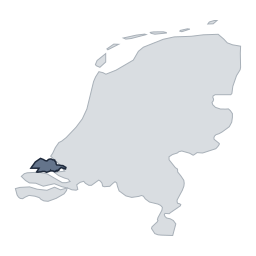 Schouwen-Duiveland, Zeeland, Netherlands (highlighted)
{"feature_id": "6326949B19243153872397", "entity_name": "Schouwen-Duiveland", "entity_type": "district", "adm_level": 2, "iso_a3": "NLD", "parent_name": "Netherlands", "parent_adm1": "Zeeland", "projection": "robinson", "projection_center": [3.94, 51.688], "detail": "fine", "context": "in_parent", "style": "filled", "palette": "slate", "viewbox_px": 256, "rotation_deg": 0, "n_neighbors": 0, "source": "geoboundaries", "source_scale": "gbopen_adm2", "svg_char_len": 4653}
<svg xmlns="http://www.w3.org/2000/svg" viewBox="0 0 256 256"><path d="M172.7,235.5L166.7,235.3L161.0,235.1L158.0,234.8L154.8,233.6L153.3,231.3L151.5,228.5L152.0,226.8L157.2,221.9L158.0,220.5L157.4,219.8L158.0,217.6L161.9,210.3L162.4,207.4L160.6,205.4L158.0,204.1L149.4,202.0L145.3,198.9L143.4,196.2L141.5,195.5L138.7,196.4L131.7,197.4L125.9,195.9L119.1,190.9L117.5,186.4L116.7,182.9L115.0,181.7L112.7,183.5L109.8,186.3L104.2,186.7L102.5,186.0L102.3,184.4L101.9,183.0L100.3,181.1L98.7,180.1L91.5,185.3L88.8,185.3L85.4,183.3L83.7,181.3L80.0,182.4L76.7,184.8L77.8,189.4L76.1,190.2L71.9,189.8L67.3,187.9L62.1,186.8L54.3,183.7L43.3,186.2L35.7,183.2L29.4,182.9L25.5,180.5L21.3,176.4L24.3,173.7L27.2,172.8L38.7,172.2L47.1,173.9L62.3,182.7L66.1,182.7L70.1,181.5L68.1,179.1L64.3,178.0L58.7,175.6L54.2,172.3L64.7,171.2L63.2,169.4L61.8,166.5L50.7,156.2L52.6,153.4L55.4,147.5L58.9,142.5L61.6,141.2L66.2,137.6L76.0,127.3L82.3,118.9L86.9,109.0L93.6,81.5L95.6,76.9L98.9,71.7L103.0,72.7L105.9,74.2L116.0,70.2L133.3,60.1L138.4,51.3L143.4,47.2L163.2,39.3L174.2,36.9L191.2,36.3L203.4,34.8L218.2,34.3L223.9,39.2L227.2,42.8L232.5,44.8L240.6,46.2L240.3,53.3L240.6,67.3L240.1,69.8L236.5,75.7L232.8,86.4L231.9,93.4L230.8,94.7L215.2,94.7L213.1,95.9L212.8,97.4L213.6,99.2L213.2,101.0L212.0,102.4L212.7,104.7L215.5,107.4L220.4,109.0L225.7,109.1L228.4,108.9L230.4,110.7L232.4,113.6L232.4,117.3L231.7,122.2L229.3,126.7L222.2,131.9L219.0,133.7L216.0,134.7L214.5,136.1L213.9,137.8L214.1,139.3L219.3,143.5L219.2,144.5L217.7,146.7L215.8,148.7L202.6,153.0L197.1,152.6L194.0,154.8L193.1,155.2L189.6,153.2L181.8,151.0L178.9,151.7L177.3,153.0L172.5,154.5L169.0,156.8L169.1,159.8L175.3,167.6L177.5,169.1L177.7,172.0L180.7,175.7L183.8,180.3L184.2,183.2L183.9,186.1L182.3,190.3L177.1,200.0L177.1,201.9L177.6,203.3L179.4,203.7L180.8,204.5L180.4,205.8L170.5,212.6L169.2,213.7L165.0,213.4L164.3,214.5L164.9,216.4L166.6,218.0L170.2,218.8L173.3,220.5L175.8,223.9L172.7,235.5ZM67.3,187.9L66.4,190.7L64.1,193.8L56.3,198.3L48.1,201.3L43.9,200.9L41.0,199.4L39.4,197.7L35.0,196.2L29.0,195.4L25.2,197.1L22.6,198.7L20.2,198.4L18.5,197.1L17.1,195.0L15.4,188.6L19.9,187.4L29.6,186.9L37.1,189.2L47.0,190.3L54.5,187.2L60.5,189.8L67.3,187.9ZM50.9,161.5L56.7,165.6L57.9,166.9L58.3,168.3L51.0,169.9L43.2,164.9L38.0,166.1L36.1,163.7L36.1,162.3L41.4,161.0L50.9,161.5ZM105.7,62.0L99.9,67.3L96.4,65.8L95.4,64.6L97.1,60.5L105.7,53.6L105.7,62.0ZM131.2,38.5L125.8,39.1L123.3,38.0L136.4,35.1L144.7,34.1L146.2,34.6L131.2,38.5ZM166.4,33.0L154.9,34.2L151.0,33.3L150.3,32.4L153.5,31.9L163.3,31.8L166.3,32.5L166.4,33.0ZM118.6,44.3L107.8,49.8L106.9,48.9L113.8,44.1L118.6,44.3ZM213.2,23.8L207.8,24.0L209.3,22.0L214.3,20.5L217.0,20.5L213.2,23.8ZM189.9,29.1L181.8,31.7L179.8,31.1L180.3,30.4L187.4,28.8L189.9,29.1Z" fill="#d9dde1" stroke="#a8b0b8" stroke-width="1"/><path d="M65.9,167.4L65.3,167.1L62.9,165.6L61.2,165.5L60.4,165.4L59.7,165.2L59.0,165.1L58.2,165.0L57.5,165.0L56.7,164.9L56.3,164.3L56.1,163.6L56.0,162.9L56.0,162.2L55.4,161.6L55.0,161.3L54.7,160.1L52.4,159.7L51.5,159.1L50.4,159.0L49.2,159.2L48.3,159.6L47.7,160.2L47.2,160.8L46.5,160.9L44.9,160.5L43.6,159.6L40.5,158.4L37.6,160.4L35.3,162.0L33.4,164.7L31.9,166.7L30.9,168.2L39.0,168.2L37.7,170.3L36.6,172.0L36.8,172.1L37.1,172.1L37.5,172.2L37.9,172.1L38.0,172.1L38.3,172.1L38.5,172.1L38.8,172.0L39.0,172.0L39.1,171.9L39.3,171.9L39.5,171.9L39.8,171.9L40.0,171.9L40.3,171.9L40.5,171.8L40.8,171.8L41.0,171.8L41.2,171.7L41.3,171.7L41.5,171.7L41.8,171.6L42.0,171.5L42.3,171.5L42.4,171.4L42.5,171.4L42.8,171.4L43.0,171.4L43.3,171.4L43.5,171.4L43.9,171.4L44.0,171.4L44.3,171.4L44.4,171.5L44.5,171.5L44.8,171.5L45.0,171.5L45.3,171.7L45.5,171.8L45.8,171.9L45.8,172.0L46.0,172.1L46.3,172.2L46.5,172.2L46.6,172.3L50.9,170.8L50.9,170.5L51.0,170.6L51.3,170.8L51.5,170.9L51.8,170.9L52.0,171.0L52.3,171.0L52.5,171.0L52.6,170.9L52.8,170.9L52.9,171.0L53.1,171.0L53.3,171.1L53.6,171.2L53.8,171.3L54.0,171.3L54.5,171.4L54.8,171.4L55.0,171.4L55.0,171.5L55.2,171.4L55.3,171.4L55.5,171.3L55.6,171.2L55.6,171.3L55.8,171.2L56.0,171.1L56.3,170.9L56.5,170.8L56.5,170.7L57.0,170.4L57.2,171.0L57.3,170.9L57.5,170.9L57.8,170.8L57.9,170.7L58.0,170.7L58.3,170.4L58.5,170.3L58.6,170.2L58.8,170.1L59.0,170.0L59.0,169.9L59.2,169.7L59.0,169.8L58.9,169.8L58.8,169.7L59.0,169.5L59.0,169.4L59.2,169.2L59.3,169.1L59.4,168.9L59.5,168.9L59.7,168.7L59.8,168.7L60.0,168.5L60.1,168.4L60.3,168.2L60.5,168.0L60.7,167.9L60.8,167.8L61.0,167.7L61.4,167.6L61.5,167.7L61.8,167.8L62.1,168.0L62.3,168.0L62.9,168.1L63.2,168.2L63.3,168.3L63.5,168.3L63.8,168.4L63.8,168.5L64.0,168.5L64.3,168.6L64.6,168.8L64.9,169.0L65.0,169.0L65.4,169.0L65.5,169.0L65.9,167.4Z" fill="#64748b" stroke="#1e293b" stroke-width="1.5"/></svg>